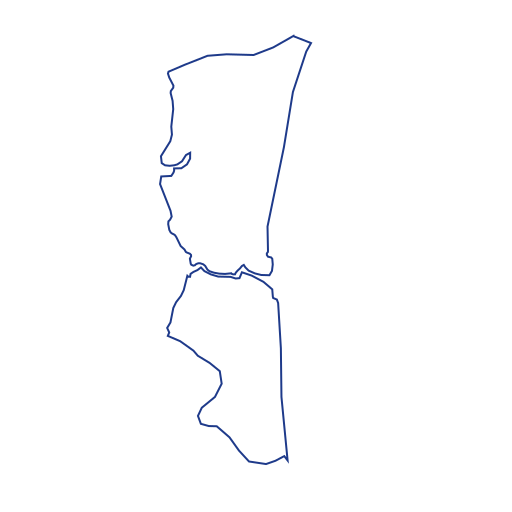 SVG path tracing the border of Istanbul, rotated 76°
{"feature_id": "TUR-2265", "entity_name": "Istanbul", "entity_type": "Province", "adm_level": 1, "iso_a3": "TUR", "parent_name": "Turkey", "parent_adm1": "", "projection": "mercator", "projection_center": [28.93, 41.208], "detail": "fine", "context": "isolated", "style": "outline", "palette": "blue", "viewbox_px": 512, "rotation_deg": 76, "n_neighbors": 0, "source": "natural_earth", "source_scale": "10m", "svg_char_len": 2018}
<svg xmlns="http://www.w3.org/2000/svg" viewBox="0 0 512 512"><g transform="rotate(76 256 256)"><path d="M62.7,151.1L69.8,157.8L105.8,180.5L157.2,202.6L230.2,237.7L253.8,243.1L255.0,243.5L255.6,244.3L256.2,244.9L257.7,245.2L259.6,244.5L261.1,241.6L262.7,240.9L268.3,241.8L274.3,244.1L277.9,247.6L275.7,255.5L272.6,261.3L268.4,266.7L264.4,269.1L261.7,270.0L262.3,272.1L264.2,274.6L265.6,277.2L267.1,279.4L267.6,279.9L268.7,280.8L268.3,282.6L267.3,284.1L266.8,284.2L265.9,290.4L264.2,296.0L262.0,300.9L259.5,304.8L257.5,306.4L253.3,307.7L251.3,309.2L249.5,312.0L249.1,313.6L249.2,314.9L249.5,316.4L250.2,317.5L250.2,319.2L248.8,320.9L247.7,321.2L242.6,320.8L240.5,319.0L239.2,318.8L237.8,319.6L235.7,322.5L235.0,323.1L232.4,323.8L228.1,326.7L218.6,328.7L216.3,329.5L215.0,330.6L214.0,331.9L212.5,333.1L209.7,333.8L203.9,333.5L201.2,332.6L200.0,330.6L197.4,328.3L191.5,328.0L163.0,331.7L155.9,328.7L157.8,318.8L155.0,315.8L153.4,314.8L151.2,314.3L152.8,307.2L150.4,300.8L145.6,296.4L139.9,294.9L141.1,299.5L146.2,304.9L148.1,310.2L148.2,313.4L147.6,317.9L146.0,322.3L143.1,325.0L136.2,324.1L123.9,311.4L117.9,308.2L110.0,306.9L93.5,300.8L85.3,299.4L77.2,299.4L75.3,298.7L72.7,295.6L70.7,294.9L61.9,297.0L57.7,297.3L56.0,296.3L53.2,278.8L50.0,254.6L53.2,235.6L60.4,209.7L57.8,188.9L51.5,166.3L51.9,166.3L62.7,151.1L62.7,151.1ZM312.2,360.9L309.2,358.7L304.3,359.6L299.8,355.1L286.4,348.8L281.5,344.7L276.6,338.5L271.7,334.4L258.6,327.4L259.6,326.8L259.8,326.6L259.8,326.3L260.2,325.0L257.5,323.8L256.3,320.5L255.5,316.2L253.8,312.2L258.2,309.7L262.9,304.3L266.8,297.7L270.1,285.7L272.9,281.2L273.5,277.4L268.4,273.6L274.0,264.9L282.9,255.0L292.3,248.3L299.5,249.5L300.9,249.5L303.3,246.3L307.0,245.9L351.6,254.2L398.9,265.4L462.0,274.8L457.0,277.0L459.4,286.7L460.3,296.6L453.7,312.5L440.7,319.6L425.5,325.6L411.7,335.3L409.6,342.9L405.5,350.1L397.1,351.0L390.1,345.3L382.8,329.9L371.6,320.2L359.0,319.0L348.6,326.8L338.7,336.6L332.7,339.6L320.3,350.2L312.2,360.9Z" fill="none" stroke="#1e3a8a" stroke-width="2"/></g></svg>